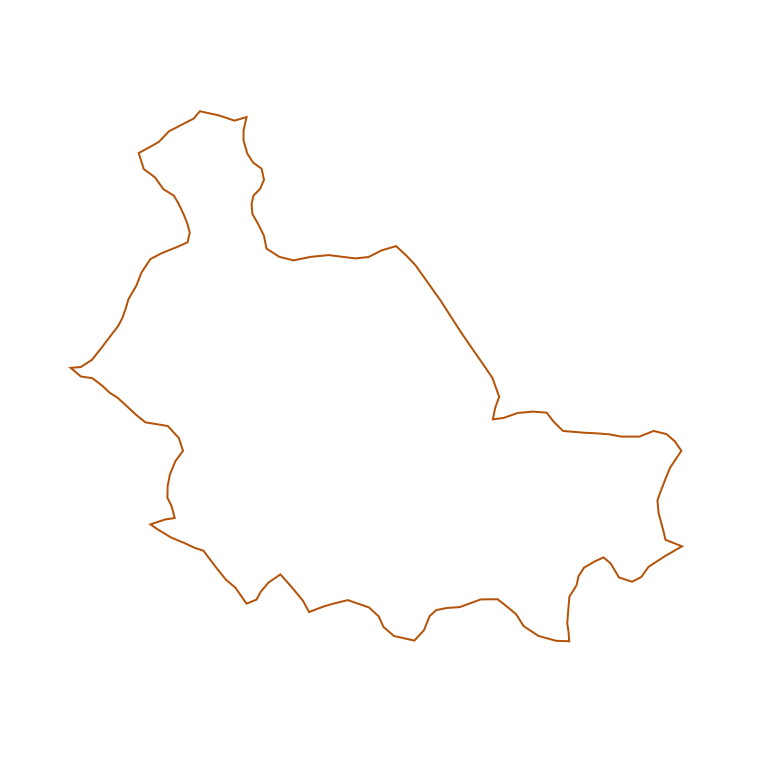 outline of Pindorama, São Paulo, Brazil, rotated 96°
{"feature_id": "56859067B36647216978895", "entity_name": "Pindorama", "entity_type": "district", "adm_level": 2, "iso_a3": "BRA", "parent_name": "Brazil", "parent_adm1": "São Paulo", "projection": "mercator", "projection_center": [-48.915, -21.203], "detail": "fine", "context": "isolated", "style": "outline", "palette": "amber", "viewbox_px": 768, "rotation_deg": 96, "n_neighbors": 0, "source": "geoboundaries", "source_scale": "gbopen_adm2", "svg_char_len": 2085}
<svg xmlns="http://www.w3.org/2000/svg" viewBox="0 0 768 768"><g transform="rotate(96 384 384)"><path d="M620.5,172.9L611.5,174.5L602.7,176.8L576.2,177.4L564.1,171.5L554.7,170.4L545.8,165.9L538.6,156.2L533.5,147.6L538.8,139.8L551.8,130.1L554.7,116.6L549.1,108.0L538.3,101.9L526.0,86.8L514.3,70.7L509.5,87.8L501.1,90.7L483.7,97.4L471.1,99.9L459.4,97.0L449.9,94.4L437.3,90.7L419.3,81.3L410.5,88.9L404.3,97.8L402.5,110.9L409.6,124.5L411.5,142.7L410.5,154.7L410.9,169.0L411.5,179.0L412.0,201.0L403.9,211.2L395.5,219.2L395.9,233.0L398.8,247.9L405.2,261.4L407.8,272.0L396.4,271.0L384.7,268.1L366.8,276.7L356.0,285.8L339.0,300.5L327.3,310.5L317.0,318.9L295.4,336.2L262.5,365.2L253.5,375.8L245.6,386.4L251.3,400.2L259.4,412.8L262.1,425.7L261.9,435.9L261.6,452.6L265.2,470.1L270.5,486.8L268.5,501.3L261.6,515.0L248.9,519.0L238.5,525.6L228.6,532.7L218.9,534.5L210.3,533.5L202.8,527.6L193.5,524.7L182.7,528.2L177.6,537.2L169.0,544.1L156.3,549.2L146.5,550.2L132.9,548.6L137.7,560.2L134.2,575.9L132.0,595.6L140.0,601.1L148.5,614.2L155.1,624.2L166.8,633.3L173.4,642.5L179.9,652.1L195.3,645.4L202.5,633.3L213.3,623.8L218.7,612.6L226.2,607.1L236.7,600.7L245.6,596.1L253.7,593.0L263.6,594.2L269.1,603.6L277.1,618.7L284.1,629.3L298.4,636.8L311.9,640.5L326.4,647.0L337.1,649.0L345.6,651.1L354.2,654.5L364.1,660.6L377.6,668.8L390.4,676.9L398.8,687.3L400.7,697.3L408.2,686.3L408.7,674.7L415.1,664.1L421.3,656.0L425.5,647.6L432.1,638.6L440.9,626.8L447.1,617.2L447.7,605.6L448.4,594.6L459.2,582.4L471.5,576.9L482.5,583.4L496.6,587.5L508.3,588.5L519.8,587.5L527.5,582.6L539.2,578.1L541.6,587.5L548.0,601.6L552.4,593.6L559.0,579.5L563.2,565.3L566.8,554.9L568.7,546.1L583.7,532.1L595.0,520.9L602.1,510.5L616.8,497.8L611.8,488.3L603.4,484.8L593.5,478.1L584.2,467.1L595.6,454.6L608.2,441.8L618.6,434.7L611.8,421.2L608.2,412.6L602.7,397.4L607.8,375.5L615.7,364.9L625.6,359.2L633.6,347.8L636.0,327.0L624.7,318.5L610.2,314.4L603.4,308.5L600.1,297.7L597.9,285.2L588.1,265.2L586.2,248.5L592.6,238.3L599.2,228.5L610.2,219.8L618.4,204.1L621.4,186.1L620.5,172.9Z" fill="none" stroke="#b45309" stroke-width="2"/></g></svg>